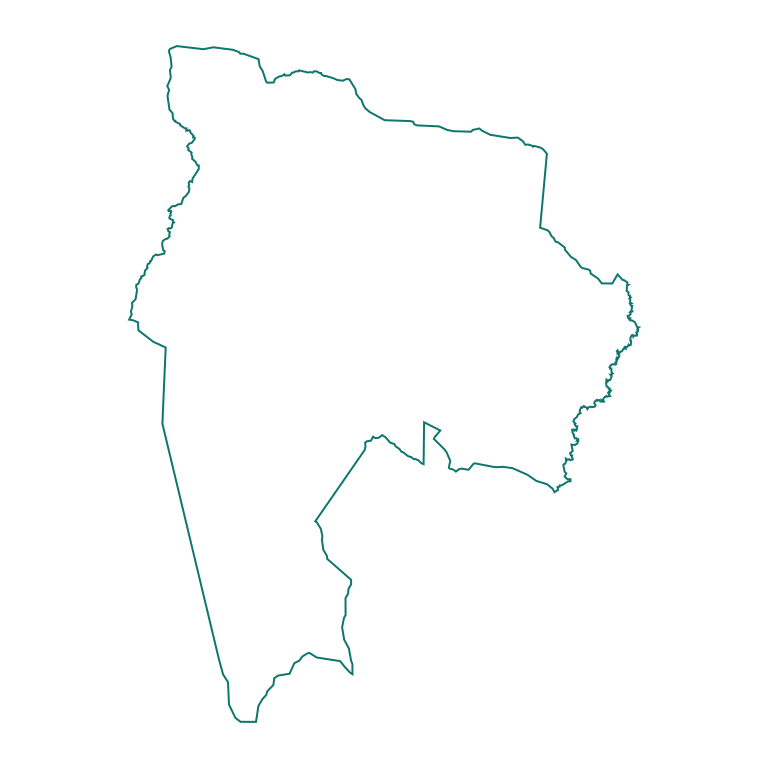 outline of Bia West, Western, Ghana
{"feature_id": "2480657B58435284570364", "entity_name": "Bia West", "entity_type": "district", "adm_level": 2, "iso_a3": "GHA", "parent_name": "Ghana", "parent_adm1": "Western", "projection": "orthographic", "projection_center": [-3.037, 6.569], "detail": "fine", "context": "isolated", "style": "outline", "palette": "teal", "viewbox_px": 768, "rotation_deg": 0, "n_neighbors": 0, "source": "geoboundaries", "source_scale": "gbopen_adm2", "svg_char_len": 6073}
<svg xmlns="http://www.w3.org/2000/svg" viewBox="0 0 768 768"><path d="M176.8,46.1L170.0,48.9L168.8,51.0L170.6,57.1L171.6,66.5L169.9,70.4L170.7,76.3L170.5,78.7L167.3,86.1L169.1,89.8L167.5,95.9L169.5,109.7L172.5,113.0L173.0,118.7L174.4,120.7L175.1,120.8L174.9,121.4L180.1,124.1L180.3,125.4L185.1,128.4L186.5,128.4L186.3,130.4L187.0,129.9L187.6,130.7L189.3,130.1L190.0,130.7L190.5,132.7L193.4,135.6L193.1,137.3L193.8,137.1L194.9,137.9L194.6,139.2L191.6,143.0L189.3,143.5L187.1,146.4L188.7,148.3L188.1,149.9L191.6,152.6L191.3,154.3L192.4,157.2L192.1,158.8L195.3,161.5L197.4,165.3L198.8,165.5L198.7,169.2L192.6,178.5L192.1,182.0L189.9,181.1L189.2,181.8L188.7,183.2L189.2,184.9L188.4,186.6L189.4,188.3L188.8,192.0L185.7,196.1L183.3,197.9L181.3,204.0L178.3,204.3L174.7,206.3L174.0,205.9L171.9,206.4L168.3,210.1L168.6,211.0L170.7,210.8L171.3,211.3L170.5,213.8L170.8,215.1L170.0,215.7L169.3,217.9L169.8,218.7L172.9,220.1L172.9,221.4L174.0,222.4L172.7,223.1L171.8,227.5L170.3,228.5L169.2,228.1L167.6,229.0L168.5,231.4L169.9,232.1L169.2,235.1L169.7,236.4L167.4,238.6L165.4,239.1L163.0,240.8L162.4,242.0L162.2,245.1L163.2,250.2L164.7,251.1L164.2,253.6L157.4,255.2L156.1,254.5L153.2,256.4L151.0,261.0L150.2,261.2L149.5,263.4L147.8,264.0L147.0,267.0L147.5,268.0L145.0,270.6L144.4,275.1L141.1,276.6L141.4,278.0L139.9,279.4L138.6,283.5L136.2,285.0L136.2,287.3L137.1,289.6L135.6,299.1L132.0,302.9L132.4,306.2L130.9,311.7L131.7,314.4L129.1,319.6L133.1,320.3L138.0,322.3L138.4,330.3L153.3,341.8L165.7,347.5L162.4,423.7L218.9,659.1L223.1,674.5L228.0,682.2L229.0,704.6L235.4,717.9L240.5,721.8L256.0,721.9L258.4,706.0L262.5,699.0L266.1,695.1L267.4,691.1L273.4,685.0L274.2,678.3L278.1,675.6L289.6,673.7L294.4,663.1L299.3,660.7L302.2,656.6L306.9,653.7L308.8,652.9L310.1,653.3L316.7,657.5L340.1,661.1L345.0,667.2L350.1,672.6L352.5,674.2L352.4,664.1L351.1,660.8L348.9,648.5L344.2,639.7L342.1,627.3L344.0,617.9L345.6,615.1L345.5,598.2L348.1,593.7L348.5,588.8L351.1,584.4L351.1,579.8L327.2,558.9L326.9,555.9L323.3,549.7L321.9,539.6L322.4,536.1L320.8,528.8L316.7,522.2L315.3,521.3L364.6,450.1L365.5,446.7L365.1,442.7L366.8,441.3L370.9,440.7L373.1,436.7L375.3,438.1L378.7,437.8L382.2,435.1L385.6,437.3L390.2,442.7L394.3,444.0L395.5,446.3L399.4,448.9L401.3,451.6L403.2,452.3L408.0,456.1L411.6,457.3L413.3,458.9L415.6,459.1L418.7,460.5L421.3,463.2L423.6,464.1L424.1,422.3L440.3,430.5L434.6,437.2L433.9,438.9L444.5,449.4L446.6,452.4L450.3,460.9L448.8,467.6L449.7,468.6L453.6,469.7L455.9,471.6L459.0,469.2L461.8,468.6L468.6,469.8L473.2,464.1L474.8,463.3L492.4,466.7L496.7,467.2L503.1,466.8L512.6,468.2L527.5,474.8L536.3,480.9L547.2,484.3L552.7,488.8L554.4,492.2L558.1,489.8L557.5,487.1L559.6,486.7L559.6,485.5L562.0,485.2L568.0,481.4L570.5,481.3L570.5,479.3L567.3,479.1L564.6,476.5L566.3,473.4L564.6,471.6L563.4,465.7L563.6,464.4L565.3,463.5L566.2,461.2L565.9,458.6L567.8,459.8L569.3,459.2L570.5,460.3L572.9,459.3L571.6,456.6L572.1,455.5L570.7,455.1L570.6,453.7L569.4,453.2L570.3,453.1L572.7,450.9L571.4,444.6L574.8,445.0L577.5,443.5L577.6,441.6L578.3,441.2L578.2,439.5L577.1,440.0L577.5,439.0L576.7,438.3L574.9,438.4L573.7,435.7L574.0,434.7L572.6,433.0L572.2,429.9L573.8,430.4L573.5,429.6L574.8,429.5L576.4,430.5L577.3,427.3L577.3,426.3L576.0,426.4L574.6,424.1L575.4,423.4L573.4,421.5L574.3,419.1L576.8,417.1L578.1,414.4L580.6,413.1L579.7,411.9L579.8,410.4L581.3,407.2L582.4,407.7L583.9,406.0L584.8,407.0L586.6,407.4L587.4,409.1L588.4,407.5L590.2,406.7L591.9,407.2L594.7,406.7L595.6,405.4L594.4,403.6L594.5,402.0L596.0,400.3L597.3,399.9L597.5,400.7L599.4,400.1L600.3,401.5L603.1,401.7L602.1,400.2L603.5,400.7L603.1,399.6L603.6,398.2L605.7,396.4L606.4,396.1L607.4,397.3L607.2,396.5L610.1,396.1L608.1,392.9L608.5,392.2L609.6,392.6L610.9,390.6L609.6,390.6L609.7,388.6L608.6,388.6L608.2,387.2L606.6,386.5L606.1,383.0L607.4,381.7L606.4,381.6L606.2,380.9L606.5,379.6L607.4,380.5L610.2,379.9L611.7,376.1L610.6,374.9L611.5,375.0L611.3,374.2L612.6,373.5L611.7,373.0L611.3,368.9L610.4,368.8L610.6,368.2L608.9,366.9L610.1,367.2L610.5,365.4L612.7,364.1L615.2,364.6L616.2,364.1L615.4,362.4L616.6,362.0L616.3,359.3L616.8,357.4L617.6,357.5L617.7,359.0L619.4,356.0L618.6,354.2L617.5,353.9L617.7,352.6L616.8,351.2L617.6,350.4L618.0,351.7L619.7,352.8L620.2,351.9L622.0,351.2L623.7,348.3L625.6,348.7L624.8,346.1L626.2,347.5L627.8,346.3L628.5,344.8L628.9,345.4L630.7,345.0L631.1,341.1L629.6,340.3L630.6,340.4L630.3,338.2L631.0,336.4L632.1,335.0L632.9,335.1L633.3,336.6L633.8,335.8L637.0,335.5L637.1,334.9L636.4,334.9L636.9,333.3L636.3,332.5L637.9,331.5L637.3,329.8L638.1,329.7L637.8,328.3L638.9,327.4L637.2,327.2L635.0,322.3L632.6,320.7L630.2,320.3L630.3,318.6L629.2,319.2L628.7,318.1L629.7,317.3L628.2,317.8L627.7,315.9L628.5,316.0L630.6,314.2L630.6,313.0L629.8,312.5L630.3,311.7L632.4,311.4L631.5,310.1L632.2,305.9L631.2,305.9L629.9,303.5L631.2,303.2L630.2,302.6L630.2,299.5L629.4,298.8L630.7,297.5L629.8,297.1L630.1,296.0L628.6,295.1L628.4,292.1L626.7,291.0L627.0,285.8L628.3,284.9L627.2,284.7L627.4,282.4L623.9,280.1L622.5,279.9L617.6,274.4L612.3,283.5L601.8,283.4L597.9,278.4L590.8,273.7L590.1,270.6L588.7,269.6L582.1,268.0L580.5,266.6L575.9,260.0L571.0,256.9L564.8,249.5L564.8,247.5L558.0,242.3L555.5,241.6L553.6,237.9L551.5,236.2L549.5,232.1L547.4,230.2L540.1,227.7L546.9,153.7L543.2,149.4L540.5,147.6L534.0,145.9L533.2,146.7L531.5,145.5L528.0,144.5L525.3,144.8L522.8,141.1L517.8,137.6L510.3,138.0L490.2,134.8L481.9,130.6L479.3,128.5L472.8,129.9L471.1,131.7L453.2,131.2L446.8,129.8L439.1,126.4L417.1,125.4L414.3,124.3L413.3,121.9L410.6,121.1L384.7,120.2L369.8,112.1L365.4,108.4L363.4,105.2L361.4,99.8L359.4,98.2L356.3,94.0L355.4,89.1L349.4,79.4L346.6,79.0L342.9,80.7L337.3,80.0L333.0,78.1L325.9,76.0L324.0,76.0L321.5,74.4L321.1,73.0L319.1,72.9L316.8,71.4L313.9,71.3L312.8,72.6L310.5,72.1L308.2,72.5L299.0,70.4L298.6,71.3L295.5,71.4L293.7,72.5L292.4,72.5L289.8,75.4L284.9,75.4L284.3,74.3L281.7,76.1L279.1,76.5L275.1,78.9L273.7,82.5L267.1,82.7L266.0,81.2L262.7,71.1L259.7,66.1L258.5,59.1L243.4,53.7L240.3,53.7L239.1,52.1L232.9,49.8L213.3,47.3L203.5,49.2L176.8,46.1Z" fill="none" stroke="#0f766e" stroke-width="2"/></svg>